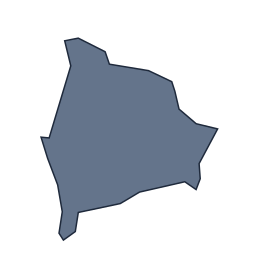 outline of Kavajë, Tiranë, Albania, rotated 349°
{"feature_id": "67620474B5524789266710", "entity_name": "Kavajë", "entity_type": "district", "adm_level": 2, "iso_a3": "ALB", "parent_name": "Albania", "parent_adm1": "Tiranë", "projection": "natural_earth1", "projection_center": [19.564, 41.139], "detail": "fine", "context": "isolated", "style": "filled", "palette": "slate", "viewbox_px": 256, "rotation_deg": 349, "n_neighbors": 0, "source": "geoboundaries", "source_scale": "gbopen_adm2", "svg_char_len": 475}
<svg xmlns="http://www.w3.org/2000/svg" viewBox="0 0 256 256"><g transform="rotate(349 128 128)"><path d="M120.1,48.8L96.3,30.3L82.5,30.3L83.7,56.1L48.7,122.7L40.9,120.4L43.3,142.4L48.1,170.4L47.5,197.7L40.2,218.1L43.2,225.7L56.5,219.6L63.1,201.4L106.0,200.7L127.1,193.1L173.5,191.6L183.1,201.4L189.2,191.6L191.0,176.5L215.8,146.0L195.7,136.8L181.7,119.2L181.0,100.9L179.8,90.9L159.1,75.6L121.9,61.8L120.1,48.8Z" fill="#64748b" stroke="#1e293b" stroke-width="1.5"/></g></svg>